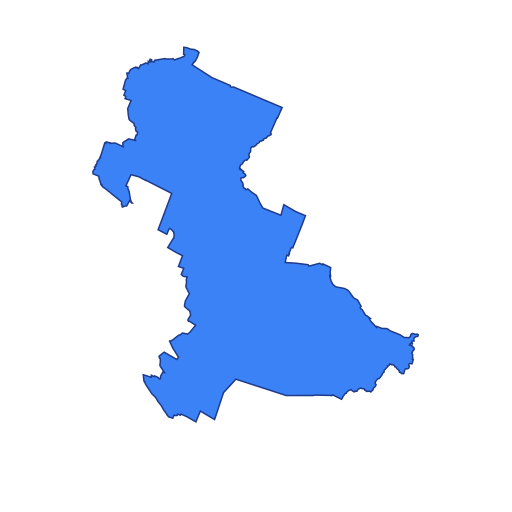 Ojocaliente, Zacatecas, Mexico, rotated 197°
{"feature_id": "50627088B28606708050164", "entity_name": "Ojocaliente", "entity_type": "district", "adm_level": 2, "iso_a3": "MEX", "parent_name": "Mexico", "parent_adm1": "Zacatecas", "projection": "orthographic", "projection_center": [-102.224, 22.565], "detail": "fine", "context": "isolated", "style": "filled", "palette": "blue", "viewbox_px": 512, "rotation_deg": 197, "n_neighbors": 0, "source": "geoboundaries", "source_scale": "gbopen_adm2", "svg_char_len": 6065}
<svg xmlns="http://www.w3.org/2000/svg" viewBox="0 0 512 512"><g transform="rotate(197 256 256)"><path d="M80.0,221.0L80.8,222.7L80.8,224.0L79.9,225.3L77.9,226.4L77.7,226.9L77.8,228.1L78.9,228.5L81.4,227.5L82.8,227.8L83.9,227.6L84.9,226.4L84.9,224.1L85.7,222.7L90.5,221.4L95.4,222.8L106.2,223.7L107.9,224.5L109.4,224.8L110.8,224.6L114.0,223.6L120.0,223.9L120.0,223.0L127.3,227.3L129.2,229.1L128.4,229.7L132.7,231.3L133.7,231.2L139.0,235.9L140.1,236.0L141.0,236.7L141.4,237.3L140.7,238.5L145.6,243.3L146.6,243.8L149.1,244.1L150.9,244.9L156.8,249.4L158.8,250.3L162.0,250.8L169.8,249.9L171.3,250.0L174.2,251.4L176.7,253.8L179.6,258.3L179.7,258.7L178.8,258.6L180.4,262.3L181.1,266.6L181.9,266.9L189.7,268.0L189.7,267.1L193.1,267.6L202.4,261.8L203.6,262.9L215.3,260.9L226.2,258.3L226.8,265.8L224.9,265.7L224.7,267.9L225.2,268.0L224.7,274.3L224.6,274.5L223.2,274.5L221.1,299.1L220.5,309.0L230.9,310.1L244.4,313.2L244.1,302.2L263.5,303.9L267.7,307.8L273.3,314.0L279.1,315.9L283.4,317.8L283.8,317.7L284.4,316.8L285.0,316.5L286.6,317.5L287.4,317.3L287.8,317.7L288.8,318.8L288.9,319.9L290.0,321.9L292.4,323.9L293.0,324.9L293.1,326.1L292.8,326.6L291.0,327.2L290.2,328.1L289.3,329.6L289.3,330.2L291.0,331.4L292.7,331.8L292.4,333.1L295.1,334.2L295.3,333.9L296.4,335.0L296.6,334.9L296.8,334.2L297.3,334.4L297.6,336.1L297.3,336.9L297.6,337.8L297.2,338.7L296.0,340.1L295.2,343.4L293.9,344.8L292.8,344.9L291.3,348.3L291.4,349.4L292.2,350.1L292.6,351.8L291.8,353.9L291.8,355.0L292.3,356.2L292.5,357.4L292.1,359.2L290.5,359.6L289.8,360.0L288.2,362.3L287.8,363.6L286.3,365.2L285.6,367.1L284.8,367.2L284.1,368.1L283.7,368.2L283.5,368.6L282.8,368.9L282.7,369.2L283.0,369.9L282.2,370.8L280.6,371.8L279.9,374.1L279.0,374.5L277.2,376.3L277.4,376.7L277.1,377.2L278.2,378.0L276.3,394.3L275.8,394.2L274.4,405.6L327.1,411.1L327.8,410.6L329.5,410.2L330.3,410.8L330.4,411.5L350.1,413.7L372.9,420.1L371.9,423.7L371.6,423.6L370.9,425.2L370.2,429.2L370.0,434.1L372.2,434.7L372.1,435.0L375.8,435.4L378.8,434.7L383.5,435.0L386.1,434.5L384.2,427.8L382.8,427.6L383.2,425.6L384.5,424.9L386.1,423.4L389.9,420.8L390.6,420.0L391.4,419.7L393.1,420.5L393.3,420.1L398.1,418.5L400.6,417.9L400.8,418.2L408.6,414.3L410.0,413.8L410.3,411.6L411.9,411.9L413.5,410.9L413.2,413.1L414.7,413.3L415.5,409.4L415.7,409.6L415.4,408.3L417.8,408.4L421.4,405.1L422.1,405.1L423.2,400.8L424.7,401.1L424.7,401.6L426.5,401.4L426.5,401.0L428.1,400.0L428.1,399.7L430.0,398.2L430.7,396.7L431.2,393.3L432.2,393.5L433.0,393.1L430.7,388.7L431.1,388.8L431.4,388.3L432.2,386.0L431.9,376.6L429.0,376.1L429.3,371.1L428.5,371.0L427.1,370.3L427.2,368.2L420.9,368.2L421.8,359.2L420.9,357.4L419.5,353.8L417.4,349.7L416.4,348.9L411.2,347.0L410.6,345.1L408.5,343.9L408.5,342.5L407.2,340.3L405.4,339.9L405.2,336.8L406.0,336.5L406.1,331.4L404.1,331.1L408.1,331.2L409.5,330.9L412.0,330.8L415.8,326.4L416.5,325.2L415.0,321.7L423.7,322.9L428.2,321.1L428.2,321.6L432.7,321.3L432.5,319.9L433.7,319.9L433.7,308.9L433.9,305.9L433.5,304.8L434.0,304.8L434.4,301.9L434.7,301.8L435.1,300.9L435.1,300.1L435.5,300.0L435.3,299.0L435.4,296.5L435.9,296.2L435.4,295.1L436.0,294.8L435.9,293.9L436.4,293.7L435.5,291.8L436.3,290.9L436.7,289.2L435.8,286.9L429.8,286.4L428.1,283.2L427.5,282.7L425.1,278.9L424.6,279.3L424.2,279.0L424.0,278.1L422.6,277.2L419.6,276.3L415.2,274.5L414.5,274.4L412.6,273.4L400.5,268.6L400.2,268.4L399.8,266.0L398.1,264.6L398.5,264.0L398.0,263.8L395.6,265.6L394.3,266.1L393.1,271.8L390.1,270.3L389.7,270.5L390.5,270.8L391.3,271.6L392.8,273.7L396.1,280.5L398.1,282.9L398.9,284.9L400.9,285.0L399.3,297.2L391.4,297.5L390.2,297.3L385.8,296.4L383.6,296.1L383.7,296.3L354.9,291.2L357.3,252.5L347.7,250.7L347.5,251.5L347.4,253.6L346.9,257.0L346.1,257.1L344.3,256.4L342.3,255.1L341.7,255.0L341.4,253.7L340.5,252.7L339.9,249.0L340.2,248.8L342.9,238.3L333.3,236.0L326.4,234.8L327.1,223.3L321.5,223.1L322.1,216.5L319.5,215.3L315.7,215.9L315.8,212.7L315.1,211.7L314.4,208.7L314.4,207.1L313.9,205.8L308.7,200.4L310.4,192.7L310.1,188.8L309.6,186.8L303.2,184.0L301.2,180.3L302.4,175.8L302.1,174.8L302.3,174.7L301.9,174.1L301.4,173.8L300.5,174.1L293.5,172.1L297.1,163.4L298.4,161.6L298.7,161.4L303.9,160.8L305.3,158.5L306.7,157.8L311.6,150.7L311.9,150.7L312.8,149.3L314.2,149.8L308.8,143.8L300.5,136.5L301.6,133.9L315.7,137.2L319.4,131.9L318.5,130.2L317.6,130.0L316.5,126.6L316.0,123.6L315.3,122.5L309.6,117.9L311.1,117.9L312.1,113.4L311.6,110.6L312.5,110.2L314.2,111.2L318.0,111.7L318.4,110.8L321.2,111.4L321.0,110.7L320.7,110.7L320.7,109.4L329.1,109.5L326.6,103.6L325.7,103.3L325.8,102.9L325.5,102.7L323.8,100.8L315.3,93.8L310.5,91.3L307.1,88.1L303.2,85.5L299.4,81.9L295.4,78.9L295.0,78.1L294.2,77.9L292.6,76.6L288.1,76.6L287.9,79.8L286.0,79.9L284.8,80.5L284.7,81.9L281.8,81.6L281.5,82.9L275.1,82.1L265.0,79.8L263.9,91.4L247.8,87.5L247.1,115.8L239.2,132.3L186.3,131.4L160.3,139.4L159.0,140.2L143.4,144.6L143.0,144.5L142.6,145.2L142.2,145.1L141.9,145.6L132.3,144.0L131.9,145.4L131.7,147.1L130.5,150.5L129.5,151.2L129.6,151.9L128.3,154.2L125.9,156.0L124.9,155.4L122.4,154.7L121.9,155.1L121.9,155.5L120.0,156.2L119.2,158.6L117.3,160.3L115.7,160.2L113.9,160.6L112.7,159.7L112.6,159.4L111.4,159.5L110.8,158.8L107.7,159.9L107.0,160.0L106.7,159.5L106.4,159.6L104.9,162.4L105.2,163.5L105.0,164.2L104.2,165.1L103.5,167.5L103.6,168.2L104.4,168.7L105.2,169.8L104.9,170.0L104.9,171.1L103.9,173.8L103.0,174.7L102.5,174.7L101.9,175.8L100.7,179.2L100.8,180.7L99.6,182.3L100.0,184.1L97.7,188.7L97.6,189.2L97.9,189.4L97.1,189.9L96.6,190.9L96.5,192.0L94.2,191.6L93.5,192.2L92.8,192.1L91.3,191.4L90.9,190.7L89.5,190.6L88.4,189.5L86.7,188.9L85.4,187.9L84.9,186.9L83.9,186.7L83.6,187.0L82.5,186.1L81.0,186.6L80.5,186.5L80.3,186.8L80.5,190.1L80.2,191.4L79.7,191.9L78.5,192.2L77.3,193.1L77.0,194.7L77.4,195.8L78.1,196.2L78.2,197.2L77.4,198.3L75.3,198.4L75.3,202.9L76.3,203.1L76.1,204.2L76.6,204.8L77.2,206.4L77.1,207.1L78.6,208.8L78.3,209.3L78.5,210.4L78.2,211.3L77.8,211.5L77.4,213.2L78.4,214.7L79.1,214.9L79.8,214.7L80.4,215.7L83.2,215.8L83.0,216.1L82.8,217.4L80.8,217.5L80.8,218.2L82.1,219.2L82.1,220.1L80.0,221.0Z" fill="#3b82f6" stroke="#1e3a8a" stroke-width="1.5"/></g></svg>